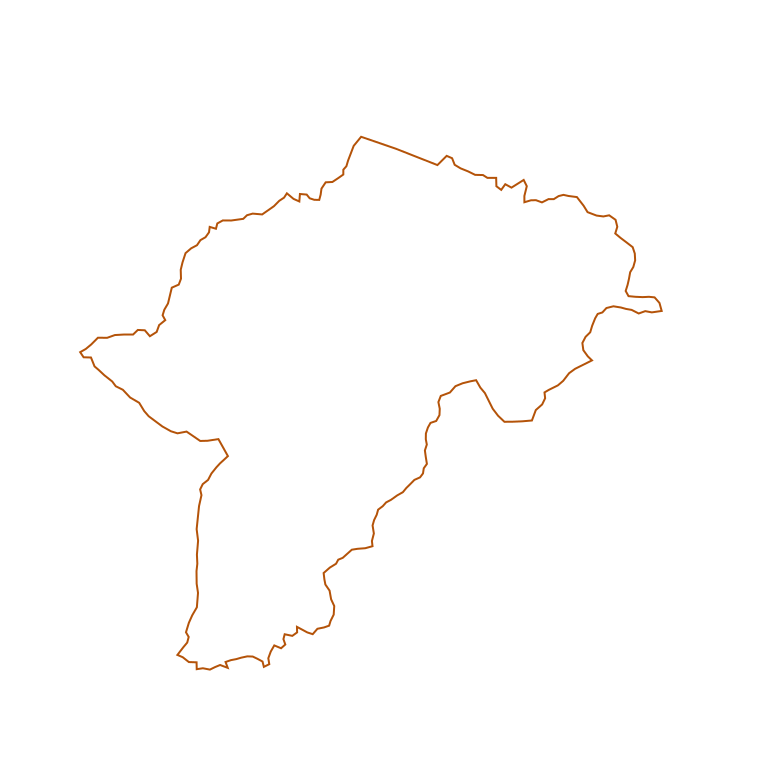 Brasilândia do Tocantins, Tocantins, Brazil, rotated 166°
{"feature_id": "56859067B19084038387208", "entity_name": "Brasilândia do Tocantins", "entity_type": "district", "adm_level": 2, "iso_a3": "BRA", "parent_name": "Brazil", "parent_adm1": "Tocantins", "projection": "albers", "projection_center": [-48.445, -8.274], "detail": "fine", "context": "isolated", "style": "outline", "palette": "amber", "viewbox_px": 768, "rotation_deg": 166, "n_neighbors": 0, "source": "geoboundaries", "source_scale": "gbopen_adm2", "svg_char_len": 3512}
<svg xmlns="http://www.w3.org/2000/svg" viewBox="0 0 768 768"><g transform="rotate(166 384 384)"><path d="M119.6,480.1L119.6,487.3L124.7,493.2L130.6,493.5L137.0,496.0L144.9,501.5L147.2,508.7L151.6,518.7L159.5,521.8L164.1,524.1L169.1,524.1L174.5,522.3L179.6,523.6L186.8,522.0L192.1,525.6L197.0,526.7L203.8,526.4L202.3,532.5L197.6,541.4L199.1,548.2L212.8,543.7L218.0,548.5L223.3,544.0L227.1,548.7L225.3,556.9L233.8,559.0L237.4,562.8L245.0,564.9L250.9,569.9L257.5,574.7L262.4,579.6L263.3,586.6L268.0,590.2L279.2,583.5L315.7,609.5L346.4,629.4L355.8,622.4L364.8,609.5L367.8,604.4L371.6,601.8L372.8,597.1L378.5,594.9L385.2,592.5L391.8,593.8L397.4,588.7L399.7,583.0L402.3,578.3L407.1,579.6L411.2,582.2L413.2,586.5L419.6,588.7L422.0,581.6L427.0,585.5L432.1,592.5L435.9,589.0L441.3,587.1L447.7,583.2L461.2,578.0L470.2,581.1L476.1,580.9L480.6,578.3L492.7,579.6L500.8,581.7L506.9,580.1L509.5,575.3L515.1,578.6L517.1,573.5L521.7,569.6L527.3,568.0L531.9,563.9L538.3,562.3L544.9,559.0L550.1,550.7L553.6,544.0L555.5,535.3L559.1,530.1L566.6,528.8L574.1,514.4L579.2,509.2L582.2,504.2L580.8,498.9L587.9,495.6L592.0,489.5L599.6,487.0L603.1,494.0L609.8,496.0L615.5,492.7L623.8,494.8L633.3,496.6L641.4,495.8L650.4,498.1L658.5,493.2L665.0,490.1L671.1,488.4L669.0,482.6L661.9,480.6L660.6,471.1L657.6,466.9L653.2,460.1L647.1,452.2L644.8,446.7L638.8,441.6L633.6,432.3L626.1,425.0L623.2,415.7L620.1,409.6L609.3,396.4L602.2,389.7L596.3,386.1L587.1,385.6L576.1,373.2L568.9,371.6L558.0,370.6L552.9,351.8L562.4,346.6L566.8,343.7L573.1,338.9L577.9,333.5L584.1,330.7L587.9,326.2L588.0,320.3L593.0,310.3L600.9,288.5L602.3,276.9L606.8,263.7L608.6,254.8L611.2,247.8L614.1,235.5L615.0,226.3L619.6,212.6L626.0,206.0L631.1,199.5L636.2,191.0L634.7,185.8L637.5,180.7L642.3,177.2L650.0,171.1L645.4,167.6L640.6,161.4L633.2,159.3L634.7,152.6L628.5,152.0L622.0,149.0L616.4,150.2L611.0,151.0L604.3,146.4L605.0,152.6L599.3,153.1L593.9,152.8L588.8,153.0L582.5,152.8L577.3,151.3L573.2,147.9L569.0,144.1L569.0,138.6L563.1,139.9L562.6,145.9L558.6,151.8L553.7,156.9L547.8,152.5L542.8,155.1L543.3,160.8L540.9,165.2L533.9,161.8L528.4,164.0L527.2,169.4L523.1,165.7L518.5,161.5L513.7,158.5L507.8,162.6L501.1,162.3L495.7,162.8L493.2,167.0L488.6,172.4L486.0,180.6L487.4,187.9L486.8,196.7L489.4,203.6L489.1,208.8L488.3,215.2L480.9,219.0L474.0,221.2L470.9,224.6L466.1,225.3L461.2,227.9L455.3,231.0L449.6,230.5L441.9,229.2L434.4,229.4L433.7,234.6L430.0,241.4L429.3,249.5L426.5,254.4L422.7,258.9L420.1,263.5L414.7,265.8L410.6,268.6L405.3,269.9L398.2,272.7L391.8,274.5L387.5,277.7L382.6,280.6L377.7,283.6L371.6,284.7L367.8,287.8L365.8,292.6L361.7,296.1L361.1,303.2L360.4,309.6L357.1,314.9L356.8,320.3L355.3,325.9L351.9,331.2L348.3,335.0L342.3,335.5L337.7,340.4L335.9,346.5L335.6,353.3L331.8,358.7L327.2,359.2L322.1,359.8L315.2,364.6L307.5,365.7L299.6,365.7L293.7,365.4L291.4,357.2L288.3,350.8L284.5,333.7L281.0,325.6L276.3,318.2L267.9,316.2L259.2,314.4L249.3,312.8L243.0,322.0L235.5,325.9L231.1,331.2L230.3,337.0L225.6,338.4L215.6,340.6L209.4,343.7L201.8,349.7L194.9,352.5L176.5,356.6L179.6,361.6L182.4,368.6L181.6,375.8L177.0,381.0L171.4,384.3L167.9,390.2L163.2,396.7L159.7,400.3L154.8,400.6L149.8,403.9L142.6,403.9L135.6,400.9L131.0,398.3L125.8,396.0L119.8,390.8L112.9,391.5L106.8,388.7L96.9,387.7L97.1,396.0L100.5,402.6L105.8,404.5L111.9,405.7L119.0,407.8L125.5,410.1L127.0,415.8L123.7,421.2L120.8,426.9L118.1,432.9L113.8,437.2L110.4,443.2L109.1,449.9L109.6,456.6L114.5,462.8L119.1,468.5L123.2,474.1L119.6,480.1Z" fill="none" stroke="#b45309" stroke-width="2"/></g></svg>